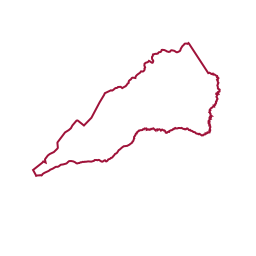 Riachão das Neves, Bahia, Brazil (orthographic projection), rotated 327°
{"feature_id": "56859067B88902373095284", "entity_name": "Riachão das Neves", "entity_type": "district", "adm_level": 2, "iso_a3": "BRA", "parent_name": "Brazil", "parent_adm1": "Bahia", "projection": "orthographic", "projection_center": [-45.234, -11.676], "detail": "fine", "context": "isolated", "style": "outline", "palette": "rose", "viewbox_px": 256, "rotation_deg": 327, "n_neighbors": 0, "source": "geoboundaries", "source_scale": "gbopen_adm2", "svg_char_len": 5945}
<svg xmlns="http://www.w3.org/2000/svg" viewBox="0 0 256 256"><g transform="rotate(327 128 128)"><path d="M29.4,120.6L30.0,120.7L30.6,120.4L31.4,120.1L33.1,120.1L34.3,120.2L37.4,120.7L39.1,120.8L40.0,120.6L42.6,121.1L45.8,121.2L46.4,121.3L47.8,122.2L48.6,122.4L49.7,122.4L51.5,122.2L53.0,122.8L53.4,123.1L56.9,124.2L57.5,124.2L59.5,123.8L60.3,123.7L60.9,123.9L62.3,124.7L64.0,126.3L65.1,128.2L65.5,129.4L65.9,129.9L66.4,130.2L67.1,130.3L68.2,130.9L69.4,130.9L70.4,131.5L71.3,131.6L71.8,131.9L72.3,132.3L72.8,132.6L73.6,132.8L74.1,133.3L76.4,134.3L78.9,136.2L81.5,137.0L82.5,136.7L83.7,137.4L84.4,137.9L84.8,138.4L85.9,138.7L86.4,139.1L86.7,140.0L87.1,140.6L87.3,141.4L87.7,141.9L88.2,142.3L88.8,142.4L89.3,142.3L90.2,142.4L90.6,142.3L91.2,142.6L91.3,143.9L91.6,144.2L92.1,144.3L93.3,144.1L94.4,143.6L95.7,144.0L97.0,144.0L97.4,143.8L97.8,144.0L98.3,144.1L99.0,144.1L100.2,143.6L101.0,143.5L103.1,142.7L104.2,142.9L105.4,142.8L108.0,141.6L108.5,141.5L109.0,141.6L109.7,141.5L112.3,141.1L114.3,141.0L114.8,141.1L115.2,141.4L117.8,142.6L119.1,142.6L120.1,142.8L121.3,142.6L122.1,142.6L122.5,142.6L123.6,142.5L124.0,142.1L124.4,141.8L124.8,141.9L125.4,141.7L125.8,141.4L126.8,140.5L127.5,140.2L127.5,139.8L128.4,138.7L129.2,138.6L129.7,138.1L130.2,138.0L130.7,137.8L131.0,137.4L131.4,137.1L131.9,137.1L132.4,137.3L133.0,136.5L133.6,136.6L135.7,136.1L136.1,136.5L136.6,136.4L137.1,136.5L137.8,137.0L138.9,137.5L139.8,137.2L140.3,137.4L140.6,137.8L141.6,137.4L142.4,138.2L142.8,138.2L143.2,138.4L143.2,138.9L143.1,139.5L142.8,139.8L143.7,140.1L144.2,140.1L144.5,140.7L145.1,140.8L145.3,141.4L146.1,141.5L146.8,141.3L147.3,141.9L147.7,141.7L148.1,141.9L149.1,142.1L149.3,142.7L149.3,143.5L149.6,143.9L149.6,144.4L149.8,145.0L150.1,144.6L150.5,144.8L151.7,145.0L151.7,146.0L152.3,145.9L153.5,146.0L154.1,147.0L154.2,148.1L154.8,148.0L155.1,147.7L155.9,148.0L156.6,149.6L157.1,149.7L157.4,150.3L157.4,151.4L157.1,152.3L157.4,152.9L158.0,153.2L158.6,153.0L159.3,153.0L160.3,153.6L160.5,153.2L161.1,153.0L162.2,153.3L163.0,153.3L163.4,153.7L164.8,153.7L165.3,153.5L165.7,153.9L166.2,153.8L166.7,153.6L167.1,154.0L167.7,153.8L168.1,154.5L168.6,154.9L169.5,155.4L170.2,155.4L170.9,155.9L171.3,156.1L172.4,157.0L173.0,157.1L173.8,158.7L174.1,159.1L174.7,159.4L175.0,160.1L175.6,160.2L175.8,160.6L176.3,160.6L176.9,160.4L177.3,160.5L177.7,160.9L177.8,161.9L178.0,162.3L178.0,162.9L178.5,163.4L179.0,163.5L179.0,164.1L179.3,164.6L179.8,164.9L180.0,165.4L180.4,165.8L180.6,166.9L181.0,167.2L181.7,167.9L182.0,168.5L182.0,169.3L182.7,170.3L183.6,171.0L183.7,171.6L184.2,171.9L184.7,171.8L185.0,172.3L185.8,174.4L186.4,174.6L186.8,175.0L187.6,174.7L187.9,174.9L188.5,174.9L189.0,175.3L189.4,175.1L189.9,175.2L190.1,174.9L190.3,175.3L190.8,175.4L191.2,175.2L191.7,175.4L192.3,174.9L192.8,175.2L193.2,175.8L194.0,176.1L194.7,175.1L194.9,174.6L195.4,175.0L195.7,174.7L195.4,174.2L196.0,174.0L196.3,173.2L196.5,172.8L196.9,172.5L197.3,172.4L197.7,171.8L198.0,171.1L197.9,170.6L197.6,170.3L198.0,170.1L198.4,169.9L198.4,169.4L198.6,169.0L198.1,168.6L198.2,167.9L198.8,168.0L199.1,167.5L199.1,167.0L199.7,167.1L199.6,166.6L199.2,166.3L199.5,165.9L200.5,165.6L201.6,165.6L201.5,164.8L201.9,164.8L202.3,165.0L202.2,163.8L202.9,163.8L203.4,164.0L203.5,163.6L203.2,163.1L203.7,162.9L204.6,163.3L204.2,162.3L204.4,161.8L204.8,161.4L205.0,160.9L204.8,160.4L205.1,159.8L204.8,159.0L205.4,158.8L205.9,158.4L206.6,158.1L206.3,157.4L208.0,156.7L209.0,156.6L209.4,156.7L210.4,156.5L211.4,156.5L211.8,156.0L212.1,156.7L212.4,156.2L213.5,155.7L213.6,156.1L214.0,156.0L214.3,155.5L214.8,155.1L215.4,155.1L215.8,154.6L215.9,154.1L216.2,153.7L217.3,153.6L217.6,153.0L218.1,152.6L218.9,152.4L218.9,152.0L219.1,151.5L219.1,150.3L219.3,149.8L220.1,149.5L221.3,148.8L221.4,148.4L220.7,147.8L220.5,147.4L221.0,147.1L221.6,147.4L222.4,148.3L222.5,147.5L222.7,146.9L223.2,146.8L223.8,147.2L224.5,147.3L224.9,147.0L225.0,146.4L225.7,145.9L225.7,145.4L225.1,144.5L224.9,143.9L225.5,142.9L225.8,142.3L226.0,141.4L226.2,140.8L226.8,140.6L227.2,140.3L227.4,139.9L228.0,139.7L228.5,139.3L228.4,138.1L229.3,136.9L228.9,136.6L228.9,136.0L231.0,135.4L230.9,134.9L230.5,134.4L230.3,134.0L230.9,133.6L231.1,132.9L230.3,131.9L229.7,130.2L229.2,129.7L228.6,129.7L228.4,129.3L228.7,128.6L228.2,128.4L227.5,128.3L227.2,127.8L227.0,127.1L226.3,125.9L225.2,125.7L225.1,90.6L225.0,89.8L224.4,90.0L223.9,89.9L223.8,89.5L223.4,89.3L222.8,88.9L222.0,88.4L221.4,88.2L219.5,88.8L218.4,88.9L216.4,89.8L215.1,90.5L214.7,91.0L214.2,91.3L213.3,91.7L210.9,91.4L210.1,91.0L209.6,90.2L209.2,89.2L208.8,88.4L207.1,86.7L206.6,86.4L206.0,86.4L205.6,86.5L205.1,86.8L204.6,86.8L203.5,86.3L202.6,85.2L202.2,84.8L202.0,84.1L201.0,82.5L199.5,81.2L198.8,80.9L198.3,81.4L196.8,82.0L196.3,81.8L195.2,81.3L194.5,81.4L193.8,81.8L193.3,81.8L192.9,81.5L192.1,81.3L191.6,80.8L190.2,80.3L189.6,80.3L189.2,79.9L188.8,80.1L188.5,80.5L187.6,81.3L186.8,81.5L186.3,82.3L185.8,83.3L185.8,85.3L185.5,85.8L184.4,86.6L183.8,86.5L183.4,85.9L182.7,84.1L182.1,83.1L181.5,83.4L180.2,83.5L178.8,83.0L177.5,83.0L176.9,83.1L176.3,83.9L175.8,84.4L175.6,85.0L175.4,86.5L175.0,86.8L174.4,86.9L174.1,87.2L174.0,87.6L173.7,88.1L172.8,88.6L171.6,88.8L171.0,88.6L169.8,87.6L168.2,88.2L165.4,88.3L164.5,88.4L163.2,88.7L162.2,89.3L161.8,89.6L161.4,90.1L159.5,88.4L158.9,88.2L158.3,88.2L156.9,88.8L155.4,88.8L154.3,89.1L153.9,89.4L153.4,90.2L153.0,90.6L151.8,90.5L151.4,90.8L149.8,91.4L149.4,91.4L148.8,91.7L147.6,91.5L144.9,91.4L144.3,89.5L142.0,88.2L141.6,88.4L140.3,88.3L139.6,87.8L138.6,87.7L136.6,88.0L135.5,88.0L134.9,87.9L134.3,87.1L127.5,86.2L126.0,87.2L118.2,91.0L102.9,99.5L92.4,101.9L90.0,94.6L89.5,94.0L88.8,93.8L82.7,95.6L80.0,97.1L77.2,97.5L72.8,97.4L61.2,101.6L60.7,102.0L58.6,106.0L58.2,106.5L57.7,106.8L52.7,107.8L48.2,107.2L45.8,107.4L41.9,108.8L41.4,109.1L41.1,109.4L40.1,112.1L38.7,109.9L37.4,110.4L25.5,111.5L25.1,117.1L24.9,118.1L26.1,118.4L27.9,119.5L28.4,119.6L28.8,119.8L29.4,120.6Z" fill="none" stroke="#9f1239" stroke-width="2"/></g></svg>